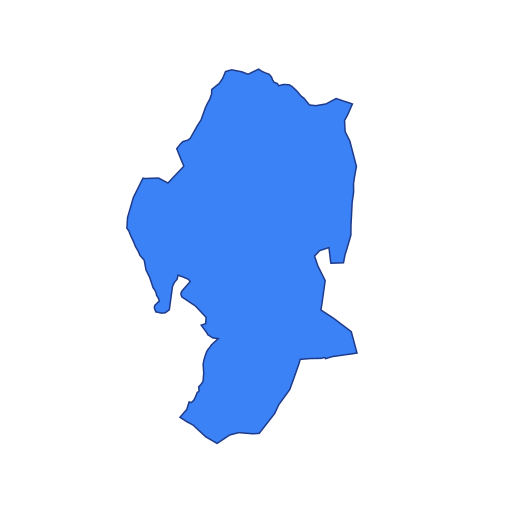 the district of Dandume, Katsina, Nigeria, rotated 212°
{"feature_id": "59680162B23965546094498", "entity_name": "Dandume", "entity_type": "district", "adm_level": 2, "iso_a3": "NGA", "parent_name": "Nigeria", "parent_adm1": "Katsina", "projection": "albers", "projection_center": [7.218, 11.418], "detail": "fine", "context": "isolated", "style": "filled", "palette": "blue", "viewbox_px": 512, "rotation_deg": 212, "n_neighbors": 0, "source": "geoboundaries", "source_scale": "gbopen_adm2", "svg_char_len": 2272}
<svg xmlns="http://www.w3.org/2000/svg" viewBox="0 0 512 512"><g transform="rotate(212 256 256)"><path d="M254.8,436.0L271.5,432.0L277.2,422.1L284.9,415.2L290.7,412.4L296.6,414.4L298.9,415.2L302.8,415.6L305.2,416.4L308.8,417.6L315.0,418.8L318.0,418.8L318.5,418.8L323.2,416.3L324.8,414.8L327.0,412.5L329.4,413.6L332.7,412.9L335.0,413.9L337.7,416.0L341.1,417.1L343.1,416.7L345.0,416.2L349.5,415.7L352.8,415.9L359.0,406.0L362.5,405.3L365.6,404.7L375.3,401.0L379.6,396.3L378.4,389.0L378.6,382.6L379.1,381.6L381.8,373.8L379.5,369.8L378.3,364.5L378.0,359.1L377.5,355.0L374.7,342.2L374.8,335.5L374.1,321.1L375.1,318.3L378.7,314.2L379.5,310.6L380.1,305.0L372.2,299.2L369.6,297.3L364.9,294.1L365.0,292.7L369.4,271.2L379.9,270.5L388.4,264.8L390.8,263.1L393.1,262.1L391.0,240.6L385.4,220.8L385.4,220.7L380.2,211.1L377.3,210.0L373.9,207.4L367.4,203.2L363.5,200.3L358.2,197.5L354.7,195.0L348.6,193.2L341.9,185.9L334.7,181.4L326.4,174.5L323.8,173.5L321.4,172.0L319.6,170.1L316.0,168.2L314.0,166.4L314.7,164.9L315.0,162.9L315.6,160.9L315.2,158.9L313.7,157.2L312.7,156.7L311.5,155.5L305.8,157.5L302.9,159.7L301.0,164.4L310.7,186.0L311.2,190.6L310.6,194.4L312.0,198.5L309.8,198.8L307.2,199.5L301.1,200.4L298.2,199.5L300.2,187.6L300.1,185.2L299.2,183.5L297.2,182.0L293.8,181.9L293.7,181.9L280.8,181.5L265.8,177.5L262.8,172.0L265.8,168.3L259.0,165.6L256.8,164.7L255.2,163.7L253.5,163.7L249.3,163.6L244.3,165.9L246.8,156.5L246.7,154.7L247.2,151.5L247.1,148.3L246.2,144.4L245.2,140.7L243.6,136.4L238.3,129.0L234.4,121.4L234.7,117.3L235.3,114.8L232.7,111.2L233.5,109.0L232.8,105.3L232.3,101.0L233.1,97.5L235.4,96.8L235.0,95.3L233.4,89.2L235.0,78.9L226.5,78.8L219.9,79.3L202.7,76.0L189.7,76.4L183.5,90.2L177.0,97.1L164.4,103.6L159.3,107.3L156.7,132.4L157.9,142.1L156.6,160.6L159.4,173.6L162.3,186.6L163.7,191.8L155.5,197.9L146.5,203.7L145.1,205.4L143.5,206.3L142.6,205.8L138.1,211.0L118.9,227.2L135.1,242.3L157.5,244.3L172.3,244.6L175.7,252.5L184.3,271.8L198.5,280.5L206.3,287.0L205.3,292.1L204.8,294.4L198.6,301.8L188.8,289.6L188.6,289.6L178.2,296.6L181.1,304.1L183.0,311.3L186.6,324.0L191.5,332.0L202.8,352.3L207.0,361.8L211.6,369.0L214.1,374.6L218.3,385.2L233.2,399.3L237.3,403.2L246.3,408.7L252.7,417.8L253.1,424.4L254.8,436.0Z" fill="#3b82f6" stroke="#1e3a8a" stroke-width="1.5"/></g></svg>